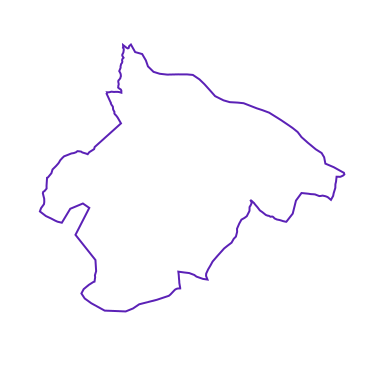 outline of Obowo, Imo, Nigeria, rotated 281°
{"feature_id": "59680162B2017456399117", "entity_name": "Obowo", "entity_type": "district", "adm_level": 2, "iso_a3": "NGA", "parent_name": "Nigeria", "parent_adm1": "Imo", "projection": "equal_earth", "projection_center": [7.374, 5.555], "detail": "fine", "context": "isolated", "style": "outline", "palette": "violet", "viewbox_px": 384, "rotation_deg": 281, "n_neighbors": 0, "source": "geoboundaries", "source_scale": "gbopen_adm2", "svg_char_len": 3329}
<svg xmlns="http://www.w3.org/2000/svg" viewBox="0 0 384 384"><g transform="rotate(281 192 192)"><path d="M302.5,145.2L301.9,137.8L302.6,131.3L306.9,124.8L312.4,121.6L316.7,117.8L317.9,116.8L318.5,109.5L325.1,103.9L323.2,102.5L321.1,102.3L320.7,101.4L321.2,100.0L323.1,96.3L321.2,96.8L320.4,96.7L319.9,97.4L318.6,97.9L315.9,98.0L314.6,97.7L313.8,97.4L313.0,97.4L312.2,97.8L310.7,99.2L309.5,98.4L308.4,98.2L307.7,98.3L306.9,98.7L305.6,98.7L304.0,98.0L301.7,97.9L300.3,98.2L296.8,97.5L295.6,98.5L294.5,99.3L293.8,99.6L292.9,99.9L291.9,100.1L290.9,99.9L290.0,99.9L288.7,99.3L287.9,98.8L287.4,98.5L286.5,98.5L285.9,98.7L285.1,99.0L284.4,99.3L283.8,99.5L283.1,99.5L282.3,99.4L280.8,99.6L280.4,99.6L279.8,100.6L279.0,102.6L278.0,103.3L277.0,103.5L276.0,103.7L276.1,102.6L276.2,101.4L276.1,99.9L275.7,97.9L275.3,96.1L275.1,93.8L274.3,92.1L273.9,91.0L273.7,89.8L273.5,90.0L272.2,89.4L269.6,91.3L265.4,94.3L264.0,95.4L263.5,95.4L262.3,96.3L261.1,97.6L260.5,98.1L259.4,98.4L258.1,98.8L257.6,99.1L255.8,100.6L254.6,100.7L253.6,101.4L252.8,102.7L250.9,104.8L245.8,109.2L217.6,87.9L215.4,87.7L211.4,83.5L209.2,82.4L209.5,80.7L209.9,76.8L210.5,75.4L210.4,73.4L210.2,71.7L208.9,70.6L207.7,68.6L206.8,66.2L204.6,62.8L202.6,59.6L200.8,58.3L198.0,56.6L195.6,55.8L194.5,55.3L191.6,53.6L187.5,50.8L183.6,50.4L178.8,47.8L178.3,47.0L170.5,48.0L167.6,48.6L164.7,47.0L163.9,46.0L162.4,45.8L159.7,47.0L157.2,48.2L154.0,48.9L151.8,49.0L147.3,46.9L143.9,46.4L140.5,53.2L139.1,58.8L137.8,63.1L137.2,65.6L137.0,70.1L152.3,75.7L159.9,87.1L156.8,94.2L127.7,85.8L106.8,110.2L96.0,113.0L91.7,112.6L89.8,113.2L85.4,113.4L84.8,112.3L81.1,108.4L76.0,104.2L71.3,102.8L67.0,107.0L63.6,114.3L58.9,128.9L60.7,140.5L62.1,149.7L66.4,156.3L71.7,161.6L79.5,178.1L85.7,189.1L87.3,190.4L90.3,192.3L92.8,193.9L94.0,195.3L94.6,196.6L94.9,197.9L95.1,198.8L95.6,198.7L100.3,196.9L102.4,196.4L104.3,195.8L108.1,194.8L111.2,193.8L111.5,199.2L111.9,204.7L111.0,210.1L109.8,212.5L108.8,219.3L109.0,223.9L112.3,221.8L114.6,221.5L119.1,222.6L123.6,224.2L127.7,225.5L134.0,229.1L142.7,234.3L146.0,237.1L149.8,240.5L154.0,241.9L156.6,243.6L161.5,243.9L164.5,243.2L170.0,244.4L174.3,245.8L176.6,248.5L178.7,250.4L183.9,251.9L184.6,252.0L186.9,251.6L188.1,251.4L189.0,251.6L189.6,252.0L192.8,252.7L195.4,250.8L194.7,252.0L194.6,252.4L193.7,253.8L193.0,255.0L192.2,255.8L191.3,256.9L189.5,259.2L187.0,262.0L186.7,262.5L185.7,264.8L184.7,266.7L183.8,268.4L183.5,269.1L183.2,271.0L183.3,271.7L183.2,272.3L183.0,272.9L182.7,273.7L182.8,273.9L183.0,274.7L183.2,275.8L182.9,276.6L181.8,278.1L181.2,280.6L181.2,282.0L181.2,283.3L181.0,285.4L180.8,286.7L180.7,289.5L180.8,290.3L190.0,295.0L203.4,295.7L211.9,299.7L212.5,306.4L212.6,309.2L212.9,311.1L213.1,313.2L212.3,317.7L212.6,318.9L213.4,320.9L213.3,324.0L212.9,326.1L210.8,329.9L215.1,331.3L217.8,331.3L223.4,331.9L226.9,331.3L229.7,331.4L234.6,331.0L235.2,334.6L235.8,335.6L237.0,337.2L238.3,338.2L239.9,337.4L240.2,336.2L243.4,326.4L245.3,317.5L251.3,315.1L255.0,311.8L257.5,305.4L262.4,296.4L266.7,289.1L271.0,284.3L274.0,278.6L276.5,272.9L279.6,265.6L281.4,261.0L281.5,260.7L284.6,252.6L285.8,245.3L286.5,239.6L289.0,225.8L288.5,220.0L287.4,211.9L288.0,205.4L290.5,196.4L294.8,190.8L298.8,185.5L300.3,183.5L304.0,177.8L307.1,170.5L306.5,164.8L304.8,155.8L303.1,148.0L302.5,145.2Z" fill="none" stroke="#5b21b6" stroke-width="2"/></g></svg>